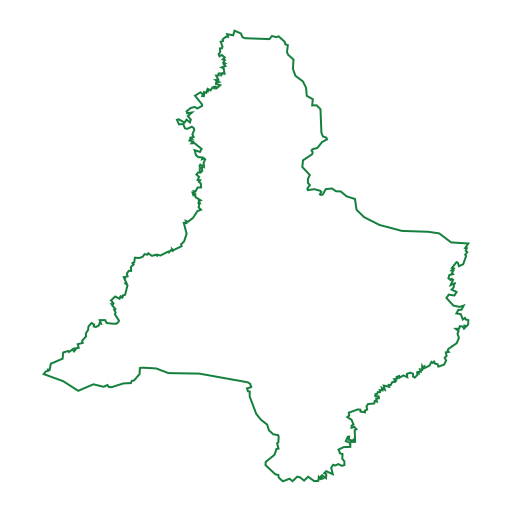 Phen, Udon Thani, Thailand (Albers equal-area conic projection)
{"feature_id": "78962969B52951901004479", "entity_name": "Phen", "entity_type": "district", "adm_level": 2, "iso_a3": "THA", "parent_name": "Thailand", "parent_adm1": "Udon Thani", "projection": "albers", "projection_center": [102.939, 17.684], "detail": "fine", "context": "isolated", "style": "outline", "palette": "green", "viewbox_px": 512, "rotation_deg": 0, "n_neighbors": 0, "source": "geoboundaries", "source_scale": "gbopen_adm2", "svg_char_len": 6022}
<svg xmlns="http://www.w3.org/2000/svg" viewBox="0 0 512 512"><path d="M468.3,243.5L451.1,242.4L439.2,233.4L428.3,231.8L401.8,230.9L379.6,225.0L364.0,217.1L356.5,209.7L355.0,199.0L346.5,196.3L340.7,191.4L336.1,191.3L332.0,188.5L325.8,189.1L322.7,194.6L320.8,194.9L319.9,194.4L321.3,191.8L320.2,190.8L314.4,189.2L307.8,190.1L307.4,188.3L309.9,185.2L307.9,182.9L307.9,179.0L309.8,175.0L302.3,167.0L303.0,160.3L312.1,154.3L312.7,152.1L311.5,150.6L312.4,149.3L317.4,147.9L322.1,142.0L327.0,139.4L326.4,137.7L322.9,136.4L321.4,132.7L320.5,109.2L316.6,105.3L312.2,105.4L312.8,99.2L306.8,95.9L306.0,87.6L302.8,81.3L295.4,75.8L292.9,68.7L293.5,59.6L288.1,54.7L287.0,52.2L287.8,45.1L285.3,44.3L284.8,41.9L278.6,36.3L276.3,37.2L272.0,36.0L269.4,39.1L244.9,38.2L242.5,37.2L240.9,33.5L234.5,30.7L233.2,35.3L227.1,34.2L228.0,36.8L226.0,36.7L222.7,39.3L223.1,41.0L220.7,41.7L222.5,46.7L221.9,48.3L219.9,48.4L220.2,52.1L218.7,54.1L219.5,56.3L221.8,55.0L224.8,57.5L222.8,59.4L224.9,60.1L223.3,62.6L225.2,63.5L223.8,64.2L225.4,66.1L221.6,67.4L223.7,68.5L224.5,73.8L222.3,73.1L220.9,76.3L221.6,74.3L219.9,73.3L218.5,73.6L218.7,75.4L216.1,75.6L218.3,79.6L215.7,80.0L218.8,81.9L216.2,82.3L215.9,83.8L220.2,85.2L216.7,88.2L215.7,86.6L214.2,86.8L214.5,88.3L212.4,87.5L210.6,90.4L208.0,89.0L207.9,92.3L207.1,90.3L206.2,92.9L204.1,92.0L203.9,96.1L202.2,96.0L202.8,94.1L200.5,92.3L195.0,95.7L201.9,104.2L202.1,105.9L197.3,108.5L194.7,106.9L190.5,108.1L186.6,111.4L187.1,113.2L191.9,112.5L187.8,116.1L190.8,119.6L189.9,122.4L186.5,119.6L184.6,122.6L178.7,119.3L177.0,119.8L178.9,124.3L183.3,124.1L184.9,128.3L187.2,128.9L191.8,126.7L193.7,128.1L194.3,129.7L192.4,134.4L193.6,136.9L190.7,137.6L192.0,138.9L190.3,138.9L189.5,140.5L193.1,141.5L191.6,143.3L194.5,143.2L201.6,148.9L200.0,151.9L194.6,150.2L196.0,155.2L198.4,157.2L202.4,157.4L202.0,159.3L204.3,158.4L205.2,159.4L203.6,162.8L204.0,166.9L200.3,164.6L199.5,166.1L200.4,168.6L202.0,167.5L202.3,170.8L201.2,171.9L199.9,170.7L200.1,172.6L198.1,172.5L196.4,174.5L199.1,176.9L197.6,179.9L200.1,180.3L198.9,181.8L200.8,183.5L201.1,187.4L197.5,187.6L195.5,191.5L193.7,191.1L194.2,192.8L192.5,192.6L193.4,195.3L195.3,194.5L195.5,197.2L200.6,200.3L198.9,200.9L199.8,203.1L197.8,202.5L199.2,203.7L198.7,207.5L201.0,209.7L197.4,211.1L193.0,217.9L188.0,221.8L185.7,220.9L186.3,223.1L183.8,222.9L186.6,233.8L184.1,241.4L181.2,244.2L181.6,246.2L173.3,250.2L172.1,249.1L172.4,250.8L170.7,250.3L168.9,252.4L168.2,251.6L160.5,255.5L157.3,254.7L157.0,255.7L155.5,254.8L152.0,255.9L148.2,253.3L147.3,254.7L144.6,254.1L142.7,256.7L139.4,258.0L134.9,257.7L134.2,262.3L132.5,263.1L133.6,264.6L130.9,266.9L131.1,270.9L128.8,270.8L126.8,273.6L127.6,276.3L123.7,277.2L124.6,278.8L125.5,277.8L124.7,279.5L126.5,283.1L125.4,283.4L127.5,285.3L125.1,294.8L122.9,295.4L122.7,296.8L121.4,296.4L121.7,297.5L120.2,297.0L119.5,298.8L115.2,296.5L111.0,300.4L113.2,303.0L111.7,303.8L113.0,304.3L112.2,305.4L115.4,309.0L114.1,309.7L115.6,312.4L114.9,314.4L119.0,320.6L118.4,322.0L116.4,323.8L111.5,323.6L106.7,323.0L105.2,320.1L99.7,320.1L101.0,323.6L99.6,323.1L98.9,325.4L95.9,327.0L93.7,326.4L94.1,324.5L91.5,323.0L88.5,326.4L88.1,329.9L85.8,333.5L86.1,336.3L82.1,340.8L82.7,342.9L77.7,344.2L78.7,347.8L74.6,348.5L75.6,349.4L74.0,351.4L72.5,349.4L69.0,352.0L68.2,351.0L63.2,352.5L62.6,358.7L50.8,363.7L49.7,369.7L48.0,369.6L48.4,370.8L45.8,371.4L43.7,374.1L63.2,381.2L78.2,390.8L93.4,384.3L103.8,386.8L107.4,385.0L108.7,386.9L111.5,387.2L123.5,383.4L130.9,383.1L131.8,380.9L134.1,380.4L139.6,374.0L139.9,368.0L143.0,367.7L156.0,368.4L168.4,373.1L199.3,373.6L247.7,382.3L250.1,383.8L251.2,387.1L247.0,388.4L248.0,391.3L249.7,391.5L249.7,396.6L256.3,414.0L261.1,419.9L267.1,424.5L269.0,430.4L273.3,434.3L278.1,435.1L278.7,436.8L278.3,442.4L277.1,443.3L278.5,448.6L276.4,449.1L274.5,454.8L265.7,461.9L265.5,465.1L275.3,474.3L278.3,474.9L278.8,477.7L282.9,481.3L289.6,478.7L292.5,481.2L297.2,476.7L299.8,477.2L304.1,480.6L308.1,476.7L314.2,481.1L318.3,480.9L318.8,477.0L320.5,479.1L322.8,478.5L320.6,476.7L322.1,475.2L326.0,478.1L326.3,474.1L324.3,473.2L326.2,471.2L332.8,474.2L331.2,467.8L333.1,464.8L335.1,465.5L338.4,464.1L341.9,465.8L344.4,465.1L344.4,461.4L342.3,458.8L342.5,454.0L340.1,453.4L338.5,449.6L343.7,447.1L350.3,446.9L350.3,443.0L345.8,441.1L347.7,436.9L349.1,436.6L348.8,439.8L351.3,440.3L350.7,442.2L353.5,439.7L352.9,441.9L355.1,441.9L354.7,430.2L356.4,429.2L354.2,426.9L351.5,427.8L351.6,425.6L353.5,424.6L351.6,419.9L347.3,417.1L349.2,415.5L348.8,412.7L357.8,409.4L360.4,409.7L360.5,411.6L365.0,412.3L364.9,410.6L367.2,409.5L366.5,406.3L368.1,404.0L374.2,403.5L374.8,400.9L376.9,401.7L376.2,398.6L378.9,398.3L378.7,396.4L375.3,396.1L375.4,394.2L377.3,393.8L377.7,392.2L380.0,392.1L379.7,390.1L382.4,390.4L381.8,387.8L384.8,389.7L383.8,385.6L389.3,386.8L388.8,384.9L390.7,385.0L392.2,382.2L394.5,381.9L393.7,380.6L395.2,381.6L396.1,380.7L394.4,379.1L397.4,378.4L396.7,376.9L399.2,376.0L399.5,377.7L403.5,375.4L407.3,377.2L406.9,373.8L410.4,372.7L413.0,373.8L413.1,376.7L414.7,377.6L417.5,374.8L417.2,372.9L418.7,373.4L418.2,371.9L420.8,371.8L420.0,369.4L422.1,369.9L422.2,366.0L423.0,367.3L424.3,366.4L424.2,368.2L429.4,365.7L431.5,361.9L432.8,362.9L434.0,361.6L435.1,363.7L437.6,364.2L438.4,366.6L444.1,364.6L446.1,360.5L444.7,357.6L446.6,355.9L445.8,352.4L448.7,351.9L447.6,350.8L448.4,348.9L456.7,343.2L458.9,337.9L457.5,333.6L458.6,331.1L455.7,328.8L459.1,328.7L459.8,326.2L462.7,326.5L464.0,328.7L465.5,327.1L464.8,325.7L466.9,326.0L468.2,324.2L468.3,320.1L465.8,319.5L465.0,317.9L462.8,319.5L460.8,314.2L456.4,313.4L458.3,309.9L461.5,309.7L463.7,305.6L459.6,306.9L453.4,305.6L446.4,297.9L448.8,294.6L454.4,295.5L456.6,292.0L451.6,289.6L453.6,287.5L454.2,283.7L455.8,282.9L450.6,285.1L453.1,279.8L451.5,278.8L450.6,280.0L448.4,278.3L449.4,275.0L453.0,274.2L451.9,273.1L453.4,270.5L451.6,270.4L453.7,268.5L451.9,268.0L456.5,262.1L458.0,262.9L458.9,266.2L463.2,264.2L466.1,256.0L465.2,254.7L467.3,252.1L465.7,250.7L466.8,248.2L465.2,248.0L468.3,243.5Z" fill="none" stroke="#15803d" stroke-width="2"/></svg>